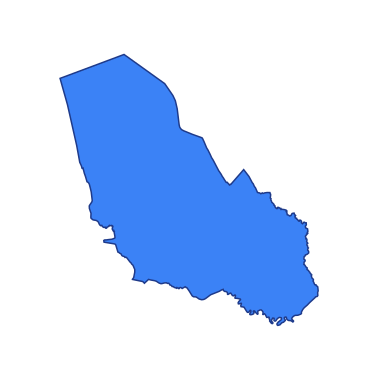 Bang Kaeo, Phatthalung, Thailand, rotated 257°
{"feature_id": "78962969B48542053253102", "entity_name": "Bang Kaeo", "entity_type": "district", "adm_level": 2, "iso_a3": "THA", "parent_name": "Thailand", "parent_adm1": "Phatthalung", "projection": "orthographic", "projection_center": [100.142, 7.416], "detail": "fine", "context": "isolated", "style": "filled", "palette": "blue", "viewbox_px": 384, "rotation_deg": 257, "n_neighbors": 0, "source": "geoboundaries", "source_scale": "gbopen_adm2", "svg_char_len": 5924}
<svg xmlns="http://www.w3.org/2000/svg" viewBox="0 0 384 384"><g transform="rotate(257 192 192)"><path d="M332.4,89.0L305.1,90.3L263.1,90.1L246.2,89.3L242.3,90.1L239.8,90.2L239.6,90.4L239.8,91.2L234.4,91.3L231.0,91.7L225.6,92.0L224.9,92.8L223.9,93.4L222.6,93.7L218.8,93.8L214.6,93.8L206.2,92.9L205.2,92.4L204.6,91.9L201.9,89.0L201.3,88.7L199.0,88.3L193.9,88.8L190.3,87.8L189.2,87.7L188.7,88.0L187.1,89.3L185.8,92.3L184.5,93.6L183.6,94.0L181.2,94.5L180.2,95.0L179.7,95.5L179.8,96.6L178.6,96.9L177.5,97.8L177.2,98.5L177.3,99.1L177.2,99.6L177.1,99.8L176.3,99.7L176.1,99.9L176.0,100.6L176.8,101.1L176.8,101.7L177.2,102.8L177.2,103.3L177.9,103.6L178.1,104.0L177.5,105.0L177.5,106.3L176.6,107.1L176.3,107.1L176.1,106.5L175.4,106.7L174.9,106.4L174.4,106.3L174.2,106.0L174.0,105.9L172.5,106.3L172.5,106.8L172.2,107.2L171.9,107.1L171.7,106.6L171.4,106.6L170.7,107.4L170.3,107.1L166.3,106.9L165.0,106.7L164.6,106.5L164.4,106.1L164.0,103.5L164.5,99.2L164.5,98.4L164.9,96.2L164.9,95.7L164.5,95.1L162.9,95.0L158.9,104.7L158.4,105.4L157.7,105.8L150.1,106.3L149.4,107.3L148.8,107.6L147.7,108.9L145.8,109.4L145.0,110.3L144.4,111.5L143.3,112.0L143.4,112.9L142.3,113.8L137.8,115.8L136.5,116.7L135.4,117.0L133.9,118.0L129.4,118.8L126.8,118.2L121.9,116.0L120.9,115.1L120.6,114.5L120.2,114.3L116.0,123.5L115.4,124.2L113.8,125.1L116.6,130.0L115.5,132.1L114.0,135.6L113.1,137.1L110.8,139.3L109.7,141.0L109.5,142.1L109.6,144.7L109.3,146.6L109.0,146.8L108.8,147.3L108.4,147.7L108.3,148.8L107.2,149.4L106.3,149.6L106.2,150.1L105.3,151.0L104.4,151.3L103.9,152.7L103.0,153.2L102.2,154.7L101.8,155.1L102.4,155.6L102.3,155.9L101.7,156.1L101.6,156.9L100.8,157.4L100.8,157.8L101.4,158.3L101.6,159.1L101.0,160.1L100.2,160.7L101.2,164.0L100.9,164.2L100.8,164.5L100.3,164.7L99.9,165.4L99.4,165.7L95.9,167.1L90.8,168.8L90.2,169.3L89.6,169.9L88.9,172.2L88.1,173.1L86.1,174.9L84.9,177.1L84.7,178.4L84.7,179.5L85.1,181.2L87.7,187.1L89.1,196.3L90.0,199.0L90.1,200.5L89.2,200.4L88.0,201.2L87.7,201.6L87.4,202.7L86.4,203.7L85.8,203.9L84.5,203.6L84.2,203.7L84.1,204.2L84.8,206.2L84.8,207.0L82.0,208.1L81.5,209.0L82.0,210.3L81.9,210.8L81.7,211.0L81.3,211.1L79.4,210.1L78.8,210.1L78.2,212.1L76.8,215.0L76.4,215.1L76.0,214.9L74.8,213.0L74.0,212.2L73.5,212.0L72.6,212.0L72.4,212.4L72.5,214.6L72.4,215.0L72.0,215.0L70.1,213.9L69.2,214.0L68.8,215.2L68.0,216.8L63.0,218.5L62.4,218.9L62.1,219.4L62.1,219.9L62.4,220.6L63.6,221.9L63.6,222.3L63.4,222.6L62.8,222.6L61.8,222.3L60.3,220.9L59.9,220.8L59.5,221.0L59.2,221.6L59.1,222.7L59.2,223.7L59.5,224.7L60.3,225.2L61.9,224.9L62.2,225.2L62.2,225.6L62.0,226.2L60.1,227.0L58.6,227.9L58.2,228.2L58.2,228.6L58.5,228.9L60.5,229.1L61.2,229.5L61.7,231.7L61.6,232.8L60.6,233.6L59.4,234.1L58.7,234.1L56.8,233.5L56.6,234.0L57.1,235.0L57.0,235.3L55.9,235.9L53.0,236.6L52.9,236.8L52.9,238.3L52.5,239.0L51.2,238.6L50.1,239.1L48.8,238.6L46.4,239.7L45.8,240.3L45.7,240.9L46.2,241.4L46.8,241.3L48.1,240.5L48.5,240.5L49.3,240.8L50.9,242.1L51.0,242.5L50.4,243.6L48.5,243.0L47.9,243.3L47.5,243.9L47.7,244.8L48.8,245.9L49.8,247.6L50.1,248.5L50.1,249.3L49.3,250.7L48.1,250.6L47.4,250.1L45.9,246.8L44.7,245.3L44.3,245.1L43.5,245.0L42.7,245.6L42.8,247.8L44.3,250.0L44.6,252.0L45.8,254.0L46.2,254.1L47.9,253.6L48.6,253.6L49.0,253.9L49.1,254.7L49.1,255.2L48.7,255.7L46.6,255.8L45.4,256.8L45.1,257.2L44.4,259.3L43.6,260.2L42.7,260.9L42.8,261.5L43.1,261.8L43.6,261.9L45.5,260.7L46.0,260.7L46.6,261.0L47.4,261.7L48.2,263.2L48.6,264.7L48.1,267.4L48.5,270.5L49.0,271.3L50.4,271.6L52.5,273.4L54.0,275.3L55.9,278.9L57.8,281.8L61.4,288.1L62.0,288.8L62.1,290.6L62.8,291.3L65.8,291.8L67.3,292.7L71.3,293.2L71.9,292.9L72.8,292.0L73.6,292.0L74.1,290.8L75.6,290.4L76.4,290.4L78.1,289.9L78.8,290.5L79.3,290.6L79.8,290.5L81.1,289.6L83.1,289.4L83.5,289.4L84.2,290.0L84.5,289.6L85.7,289.4L86.5,288.8L87.4,288.7L88.0,288.2L89.1,287.9L89.6,287.6L90.5,286.7L90.9,286.7L91.5,287.0L92.3,287.1L93.1,286.3L95.8,285.3L96.2,284.7L97.2,285.1L98.5,285.4L98.9,286.3L99.6,286.8L100.6,286.7L100.7,286.4L101.5,285.9L103.9,286.8L104.3,287.9L105.2,288.4L105.2,289.2L105.5,290.4L106.4,292.0L108.0,292.3L109.5,291.6L110.7,292.1L111.3,292.8L112.2,292.3L113.4,292.5L114.2,292.1L114.7,292.1L115.4,292.2L115.6,292.4L115.8,293.2L116.1,293.3L117.8,292.5L119.0,293.1L120.0,293.3L120.6,293.1L120.8,292.4L121.9,292.7L123.1,292.5L123.6,292.7L124.5,294.0L125.1,294.2L125.1,294.8L125.7,295.5L126.3,295.1L126.7,295.6L127.3,295.7L127.6,296.1L130.1,296.3L131.3,294.8L131.7,294.6L132.2,294.8L132.9,294.7L133.3,294.8L134.1,295.9L134.6,296.1L136.3,296.3L136.4,295.4L137.2,294.9L137.3,294.2L137.3,293.8L136.3,292.9L136.2,292.5L137.3,291.7L137.8,291.7L138.8,292.1L139.9,291.6L140.2,291.2L140.3,290.5L139.5,290.1L139.8,289.3L140.9,288.9L142.1,288.0L142.9,288.0L143.4,286.9L144.9,286.8L145.8,287.7L146.2,287.5L146.6,286.9L148.5,286.7L148.6,284.9L148.3,284.4L146.8,283.1L146.7,282.0L146.8,281.6L147.8,280.8L148.4,279.7L150.5,279.8L151.3,279.5L151.4,279.9L151.8,280.1L152.1,280.0L152.3,279.6L152.5,279.7L152.6,280.0L153.0,279.8L153.9,278.4L154.7,276.4L155.0,275.6L154.9,274.8L155.2,274.7L155.9,274.9L156.0,274.3L156.5,274.1L156.8,273.5L157.2,273.3L157.8,272.3L157.6,271.8L156.7,271.7L156.7,271.1L156.9,270.6L158.2,269.8L159.2,269.5L159.8,269.7L160.8,268.9L161.5,269.1L163.5,267.9L163.8,267.5L165.7,267.3L166.5,267.0L167.7,267.5L168.5,266.9L171.2,267.9L172.2,268.1L172.7,267.8L173.9,267.8L174.6,265.1L174.8,262.7L174.6,260.9L175.3,260.3L174.8,258.7L175.9,257.7L176.0,257.2L176.4,256.6L176.8,255.7L181.7,254.8L183.5,254.0L186.2,253.5L187.6,252.8L194.3,251.0L202.2,247.4L190.6,231.4L190.9,231.0L190.4,230.1L193.5,228.5L193.6,228.4L193.5,227.8L193.9,227.4L196.9,226.3L198.5,225.8L200.4,225.0L202.7,224.4L206.8,222.8L218.3,219.8L221.1,218.8L224.3,218.2L229.3,217.0L231.6,216.2L238.6,215.0L241.8,214.3L242.5,214.0L248.2,205.2L253.5,197.7L255.2,195.8L257.1,194.9L258.1,194.6L260.5,194.6L276.4,196.3L284.7,196.3L290.3,195.1L303.7,189.8L341.3,156.7L332.4,89.0Z" fill="#3b82f6" stroke="#1e3a8a" stroke-width="1.5"/></g></svg>